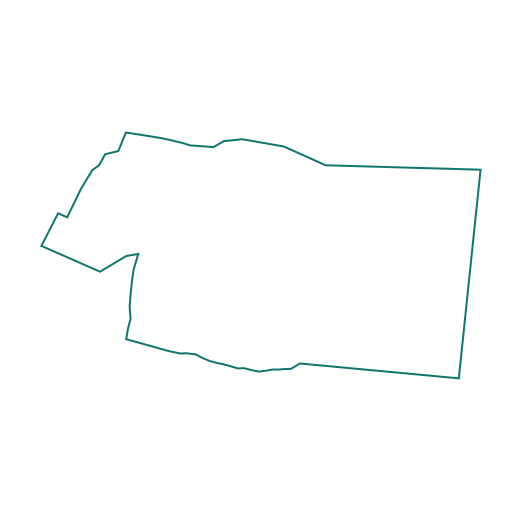 Godoy Cruz, Mendoza, Argentina, rotated 186°
{"feature_id": "61730980B65696881637259", "entity_name": "Godoy Cruz", "entity_type": "district", "adm_level": 2, "iso_a3": "ARG", "parent_name": "Argentina", "parent_adm1": "Mendoza", "projection": "equal_earth", "projection_center": [-68.856, -32.929], "detail": "fine", "context": "isolated", "style": "outline", "palette": "teal", "viewbox_px": 512, "rotation_deg": 186, "n_neighbors": 0, "source": "geoboundaries", "source_scale": "gbopen_adm2", "svg_char_len": 824}
<svg xmlns="http://www.w3.org/2000/svg" viewBox="0 0 512 512"><g transform="rotate(186 256 256)"><path d="M376.4,159.7L333.3,152.4L321.1,151.1L315.1,152.0L305.5,151.8L299.1,149.2L291.3,146.8L283.4,145.5L277.8,145.0L269.6,143.7L262.5,142.3L256.2,143.2L248.8,142.1L241.3,141.3L234.2,142.9L227.6,144.9L221.7,145.4L216.0,146.5L209.4,147.4L201.1,153.7L41.5,155.5L41.7,365.3L196.2,353.5L239.8,367.8L281.8,370.7L300.0,366.9L309.8,359.8L318.6,359.6L333.2,359.1L339.1,360.4L345.2,361.3L353.7,362.4L362.4,363.3L368.7,363.7L383.4,364.5L398.3,365.2L403.9,346.0L416.6,341.5L421.6,329.8L427.7,324.4L436.9,305.0L439.5,297.8L447.8,274.8L457.3,277.7L470.5,243.6L409.5,224.1L385.1,242.4L373.3,245.7L376.3,229.5L376.7,219.2L376.7,203.8L376.4,192.5L374.2,180.4L375.7,170.5L376.4,159.7Z" fill="none" stroke="#0f766e" stroke-width="2"/></g></svg>